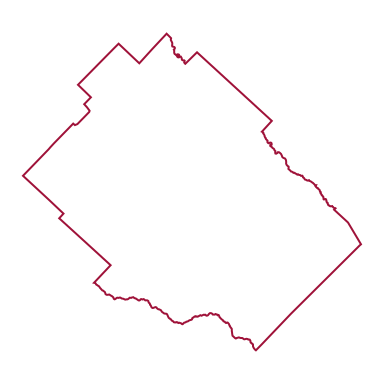 outline of Chivilcoy, Buenos Aires, Argentina
{"feature_id": "61730980B82313314600145", "entity_name": "Chivilcoy", "entity_type": "district", "adm_level": 2, "iso_a3": "ARG", "parent_name": "Argentina", "parent_adm1": "Buenos Aires", "projection": "mercator", "projection_center": [-59.874, -34.908], "detail": "fine", "context": "isolated", "style": "outline", "palette": "rose", "viewbox_px": 384, "rotation_deg": 0, "n_neighbors": 0, "source": "geoboundaries", "source_scale": "gbopen_adm2", "svg_char_len": 5970}
<svg xmlns="http://www.w3.org/2000/svg" viewBox="0 0 384 384"><path d="M197.0,52.3L185.3,63.8L184.9,63.5L184.2,62.5L184.4,61.5L184.5,61.3L184.7,60.9L184.3,60.4L182.8,60.3L182.4,60.1L181.9,59.7L181.7,58.2L181.0,56.9L180.8,56.6L180.1,56.6L179.1,57.3L178.2,57.4L177.5,57.0L177.2,56.5L178.6,56.0L179.2,55.3L179.0,54.7L178.1,54.3L177.4,54.3L176.9,54.7L176.0,55.0L175.4,54.4L174.7,54.0L174.4,53.5L174.2,52.7L174.2,50.3L173.8,49.7L174.4,48.9L174.8,48.6L174.8,48.4L174.8,47.6L174.4,47.1L173.7,46.8L172.4,46.5L172.2,46.1L172.1,45.4L172.3,43.9L172.2,42.8L172.0,42.3L171.5,41.3L171.1,40.6L170.8,39.9L170.9,39.1L171.1,38.5L171.1,38.2L166.6,33.7L152.3,49.0L139.3,63.3L118.6,43.7L113.4,48.9L78.0,84.8L90.9,97.3L84.2,104.2L87.1,107.4L89.6,110.8L89.2,112.0L77.4,124.1L74.9,125.1L73.2,123.6L53.9,143.4L50.4,147.2L48.6,149.3L23.0,175.8L48.7,199.6L63.5,213.6L59.2,218.3L89.4,245.8L110.6,265.2L94.0,282.8L95.3,283.1L95.7,283.5L96.0,284.2L96.4,284.7L97.1,285.0L97.8,285.6L98.5,286.0L99.1,286.4L99.9,287.7L102.3,290.4L103.1,290.6L103.6,291.1L104.6,291.8L105.0,292.3L105.6,294.2L106.1,294.5L106.7,294.8L107.9,294.8L109.2,294.5L109.7,294.8L110.9,295.6L112.2,296.3L112.6,296.8L113.2,297.2L113.5,297.7L113.6,298.3L113.8,298.8L114.5,299.3L115.0,299.2L115.5,298.9L116.6,298.0L117.2,297.7L118.5,297.9L120.0,297.5L120.7,297.8L121.7,298.5L123.1,298.7L123.9,299.0L124.6,299.4L125.5,299.6L126.8,299.3L127.6,299.3L128.2,299.0L129.8,297.7L131.1,297.9L131.9,297.5L133.3,297.2L133.8,297.6L134.3,298.0L134.9,298.3L135.7,298.4L136.4,299.0L137.5,299.6L138.2,300.2L138.6,300.4L139.2,300.5L139.7,300.3L140.1,300.0L140.5,299.4L141.0,299.1L141.6,299.1L142.4,299.5L143.7,299.1L144.6,299.8L145.3,300.4L146.7,300.3L147.4,300.4L148.3,301.0L148.7,302.6L149.7,303.4L150.0,304.2L150.0,304.7L150.6,305.2L150.9,305.8L151.5,307.2L152.0,307.7L152.7,308.0L153.3,307.9L155.4,307.1L156.4,307.4L157.1,308.4L157.6,308.8L158.4,309.3L159.4,309.4L159.7,309.6L160.1,309.8L161.0,310.3L161.8,311.7L164.2,313.5L166.5,313.8L167.1,314.3L168.3,317.0L168.7,317.8L169.3,318.3L169.8,318.5L170.4,319.2L171.0,319.4L171.8,320.6L172.4,320.9L173.3,321.4L173.8,322.2L175.2,322.5L176.3,322.1L176.9,322.1L177.3,322.6L177.8,322.5L178.5,323.0L179.3,322.7L181.5,323.5L182.0,324.1L182.6,324.2L183.3,323.6L183.8,323.0L184.3,322.6L185.1,322.5L185.8,322.2L186.3,321.7L187.8,321.4L189.4,320.3L191.6,319.7L192.1,319.1L192.2,318.4L192.6,317.8L193.3,317.6L194.4,316.6L195.1,316.3L195.6,316.2L196.0,316.7L196.4,316.6L196.9,316.4L197.4,316.7L197.7,316.7L198.4,316.3L200.4,315.2L201.1,315.5L201.4,315.7L202.5,315.3L203.0,315.0L203.9,314.7L204.6,314.9L205.2,314.7L205.7,315.0L206.1,315.5L206.8,315.7L207.7,315.4L208.2,315.0L209.0,313.9L209.8,313.2L210.4,313.1L211.5,313.3L212.3,313.8L212.7,314.5L213.8,314.6L214.7,314.6L215.3,314.1L215.7,314.0L216.4,314.5L217.0,314.5L217.7,315.2L218.1,314.9L218.6,315.0L219.2,316.1L219.6,317.3L220.1,317.6L220.5,318.2L222.1,319.7L222.8,320.1L223.2,320.7L223.4,321.2L223.8,321.3L224.1,321.6L224.7,321.7L225.2,322.4L225.6,322.6L226.0,323.0L226.6,322.9L227.1,322.5L227.7,322.6L228.6,323.6L229.0,324.1L229.3,325.1L229.8,325.6L229.8,326.3L230.3,326.8L230.6,327.5L231.2,328.0L231.3,328.3L231.7,328.7L231.8,329.5L231.8,331.2L232.0,331.9L232.1,333.2L232.5,335.7L235.2,338.2L235.9,338.5L236.4,338.1L238.9,337.4L240.2,337.9L241.0,338.0L241.8,338.0L242.5,338.1L243.9,339.2L244.6,339.3L246.3,338.8L247.5,339.0L248.0,339.2L248.3,339.6L249.1,339.5L249.8,339.7L250.5,341.1L250.4,341.8L250.8,342.7L251.4,342.9L251.8,343.6L252.5,343.8L253.0,344.6L253.0,346.3L253.4,347.3L253.9,348.2L255.0,349.6L255.9,350.3L261.8,344.3L290.9,313.8L359.6,245.5L361.0,244.3L348.0,222.5L334.1,209.7L335.5,208.3L335.2,208.1L334.7,208.2L334.4,208.1L333.6,207.7L333.0,206.9L332.7,206.8L332.4,206.5L332.2,206.1L331.3,206.3L330.9,206.2L330.3,206.3L330.0,206.1L329.7,206.0L329.3,205.6L328.9,205.3L328.5,205.3L328.3,205.1L328.0,204.5L328.0,204.2L327.5,203.4L327.7,203.0L327.6,202.8L326.9,202.3L326.8,202.1L326.6,201.9L326.5,201.2L326.4,201.1L326.4,200.4L326.1,199.9L326.1,199.4L325.9,199.2L325.5,199.0L324.8,199.1L324.5,199.3L324.0,199.5L323.5,199.0L323.6,198.5L323.5,197.9L323.3,197.6L323.4,197.2L323.3,196.8L323.1,196.5L322.5,196.0L322.4,195.7L322.2,195.6L322.0,195.3L321.8,195.2L321.8,194.8L321.4,194.5L321.1,193.8L320.6,193.3L320.6,192.8L320.5,192.7L320.8,192.2L320.4,191.7L320.1,191.5L319.9,191.4L319.8,190.5L319.7,190.2L319.2,189.5L318.6,189.3L318.3,189.0L318.0,188.3L317.7,188.0L317.2,188.0L316.9,187.8L316.4,187.2L316.0,186.9L315.9,186.3L315.5,186.0L315.9,185.6L316.1,185.2L315.9,185.2L315.7,185.3L315.1,185.2L313.9,183.8L313.6,183.6L313.2,183.1L312.8,182.9L312.5,182.6L312.2,182.5L311.6,182.0L310.9,181.5L310.1,181.1L309.4,180.9L309.1,180.7L309.0,180.2L308.8,180.2L308.3,180.6L307.7,180.6L306.9,180.4L306.5,180.0L305.9,179.8L305.1,179.6L304.8,179.4L304.1,178.2L303.8,177.8L303.4,177.7L303.0,177.3L302.9,176.8L302.8,176.5L302.5,175.9L302.3,175.7L301.1,175.9L300.8,175.7L300.7,175.5L300.5,175.3L299.9,175.0L299.2,175.0L298.8,174.8L298.2,174.3L297.9,174.3L297.5,174.7L297.3,174.7L296.7,174.1L295.2,173.4L294.6,172.8L294.3,172.8L293.7,172.9L293.1,172.6L293.0,172.3L292.7,172.1L291.7,171.6L291.0,171.5L290.3,170.6L288.4,168.9L288.7,167.0L288.5,166.5L287.9,166.2L287.3,165.6L286.6,164.8L286.3,164.1L286.1,163.4L286.2,162.4L286.1,160.9L285.8,159.7L285.0,158.5L283.4,157.9L282.6,157.3L282.2,156.8L281.9,155.7L281.0,153.9L279.8,152.8L278.9,152.2L277.9,152.2L277.4,153.0L276.1,153.7L275.4,153.5L275.2,152.7L275.4,151.2L274.6,150.4L274.4,150.1L274.3,149.5L274.0,149.0L273.6,148.6L273.0,148.3L272.3,147.7L271.7,146.9L270.5,146.2L270.2,145.8L270.3,145.0L270.6,144.8L271.6,144.7L271.7,144.3L271.6,143.6L271.4,143.0L270.8,142.6L270.3,142.6L269.4,142.8L269.0,143.2L268.4,143.2L267.8,142.7L267.4,142.1L267.4,141.5L267.6,141.1L267.5,140.6L267.0,140.1L266.2,139.4L265.9,139.0L265.8,138.2L265.5,138.1L265.2,137.6L264.6,136.3L264.6,135.7L264.2,134.8L263.7,133.9L263.2,133.5L263.3,132.6L262.5,132.0L261.9,131.7L271.8,120.9L197.0,52.3Z" fill="none" stroke="#9f1239" stroke-width="2"/></svg>